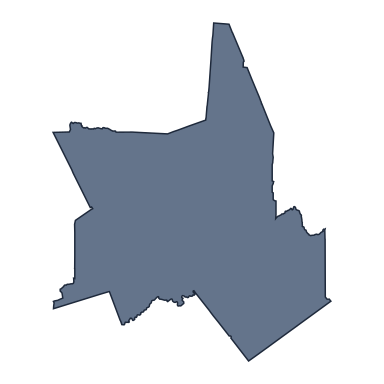 the district of Los Herreras, Nuevo León, Mexico
{"feature_id": "50627088B26281620081416", "entity_name": "Los Herreras", "entity_type": "district", "adm_level": 2, "iso_a3": "MEX", "parent_name": "Mexico", "parent_adm1": "Nuevo León", "projection": "mercator", "projection_center": [-99.412, 25.939], "detail": "fine", "context": "isolated", "style": "filled", "palette": "slate", "viewbox_px": 384, "rotation_deg": 0, "n_neighbors": 0, "source": "geoboundaries", "source_scale": "gbopen_adm2", "svg_char_len": 5899}
<svg xmlns="http://www.w3.org/2000/svg" viewBox="0 0 384 384"><path d="M213.7,23.0L212.9,35.2L212.5,37.9L212.1,41.8L211.0,59.6L210.6,65.2L209.1,87.0L208.7,91.5L208.6,92.0L208.3,92.6L208.5,93.3L207.4,103.7L207.3,105.1L207.0,106.4L206.3,114.9L206.1,117.9L205.9,118.1L205.7,120.1L189.3,125.9L178.0,130.1L173.5,131.6L167.6,133.9L132.3,132.1L116.5,132.2L115.7,131.8L115.7,131.5L115.5,131.1L115.1,131.0L112.7,131.1L112.1,130.7L111.3,130.4L109.6,129.3L107.7,128.3L105.1,128.3L104.8,127.9L104.0,127.7L103.5,127.6L103.0,127.7L102.8,127.8L102.5,128.6L102.2,128.8L100.6,128.6L98.1,127.8L96.5,128.1L95.5,128.7L95.3,128.7L94.2,128.3L93.6,129.0L92.5,128.9L91.5,128.9L91.0,129.2L90.0,128.8L89.0,129.0L87.2,127.4L86.2,127.5L85.6,128.0L85.2,128.1L84.4,127.7L83.8,127.9L83.6,127.9L81.9,126.6L81.8,126.4L81.8,126.2L82.0,126.0L82.0,125.8L81.5,125.6L81.0,123.3L79.9,123.3L79.3,123.0L78.8,122.9L77.1,123.1L76.3,122.7L75.2,122.5L74.6,122.5L74.2,122.7L73.7,123.0L73.5,123.4L73.2,123.5L72.3,122.9L71.6,122.2L71.3,122.3L70.5,123.3L69.9,124.9L69.9,125.7L70.5,129.5L69.3,132.0L53.1,132.4L71.7,169.6L73.2,173.2L90.3,207.6L91.6,207.0L92.7,208.7L91.2,209.5L75.4,220.4L74.6,224.3L74.8,232.5L74.8,255.9L74.7,267.5L74.6,268.6L74.8,268.7L74.8,278.6L73.6,278.2L73.9,281.9L73.7,282.0L73.4,283.3L72.8,283.7L72.3,283.8L71.0,283.8L69.8,284.1L68.7,284.3L67.2,284.3L66.9,284.5L66.3,285.1L65.3,285.0L64.5,285.2L64.3,285.6L63.7,286.2L63.6,286.6L63.5,286.8L62.8,287.2L61.3,288.7L60.2,289.2L60.1,290.3L60.4,290.8L60.3,291.3L61.4,292.2L62.0,293.1L62.1,293.5L62.8,298.1L60.1,299.2L57.8,300.3L54.7,300.9L53.4,301.4L54.1,302.8L53.7,305.7L53.5,308.7L100.2,294.2L108.6,291.7L109.0,291.7L109.4,291.6L120.2,320.4L120.5,320.8L120.8,321.7L121.2,322.2L121.1,322.3L121.1,322.7L121.3,323.0L121.8,324.6L123.8,324.8L124.3,324.7L124.5,324.5L124.7,323.7L125.0,323.0L125.1,322.6L125.2,322.3L125.7,322.2L126.3,322.4L127.3,322.3L128.7,322.4L129.0,322.3L129.2,321.7L128.7,321.3L128.8,320.8L129.1,320.0L129.7,319.7L130.0,318.7L130.3,318.3L131.1,318.2L131.6,318.4L131.9,318.8L132.6,320.2L132.8,320.4L133.3,320.4L134.4,319.7L134.7,319.3L134.7,319.1L134.5,318.6L134.5,318.3L134.8,317.9L135.0,317.3L135.2,317.2L135.6,317.1L136.1,317.4L136.4,317.3L136.9,316.5L137.1,315.3L137.2,315.1L137.7,314.8L138.0,314.8L139.4,315.1L140.2,314.8L140.8,314.0L140.8,313.8L140.6,313.3L140.6,313.1L140.7,312.9L141.2,312.7L141.5,312.3L141.9,312.1L142.8,312.1L143.5,311.8L143.8,311.3L144.1,310.3L144.4,310.1L145.2,310.0L146.3,309.6L146.4,309.2L146.6,308.2L147.0,307.7L148.6,307.1L149.1,306.6L149.3,306.2L149.6,304.4L149.9,304.0L150.8,303.3L151.3,302.7L151.4,302.2L151.6,301.2L151.8,300.8L152.2,300.5L152.8,300.4L153.7,300.2L154.3,300.1L156.5,297.7L157.2,297.1L157.8,296.7L158.4,296.7L158.7,297.0L158.7,298.1L159.8,299.2L160.7,299.2L162.2,299.5L164.4,300.2L166.7,300.1L167.1,300.5L167.0,301.0L167.3,301.4L167.6,301.6L167.9,301.5L168.2,301.1L168.6,300.9L170.8,299.2L171.3,299.0L171.8,299.1L172.2,299.3L172.3,299.5L172.4,300.5L172.7,301.2L174.0,302.2L175.0,302.4L175.5,302.3L175.8,302.2L176.2,301.8L176.5,301.7L176.9,301.8L177.3,302.1L177.5,302.6L177.6,303.1L177.4,304.9L177.6,305.5L177.8,305.8L178.2,306.0L178.5,306.0L179.4,305.8L180.6,305.9L181.1,305.7L181.7,305.2L182.5,304.4L183.6,303.6L183.8,303.3L183.7,301.8L183.3,301.4L182.6,300.8L182.2,300.3L182.2,299.9L182.3,299.3L182.9,298.6L183.0,298.3L182.9,298.1L182.0,297.8L181.7,297.4L181.8,296.5L182.1,296.0L182.4,295.7L182.7,295.6L183.4,295.8L184.0,296.0L184.4,296.3L185.1,297.0L186.1,297.1L186.8,297.0L187.3,297.5L187.7,297.6L188.1,297.5L188.5,297.3L188.9,296.4L189.5,295.9L190.0,295.9L190.6,296.2L191.0,296.3L192.5,296.0L192.7,295.7L192.8,295.2L193.1,294.9L193.4,294.9L193.9,295.2L194.1,295.2L194.7,294.6L195.0,294.2L195.0,293.9L194.7,293.6L194.1,293.0L193.5,292.7L193.2,291.9L193.1,291.5L193.2,291.0L193.4,290.8L193.9,290.7L195.8,293.3L209.5,310.7L210.9,312.7L213.5,316.1L218.1,321.8L229.2,336.0L230.7,336.0L231.3,336.9L230.9,338.1L248.6,361.0L260.2,352.7L330.9,301.2L329.2,299.1L328.9,299.2L327.9,299.2L327.1,299.2L325.3,297.0L325.2,271.4L325.1,239.0L325.0,238.7L324.8,230.0L325.0,229.5L325.1,229.0L324.6,229.3L323.6,229.2L323.3,229.7L322.9,230.0L322.8,230.4L323.1,231.1L323.1,231.3L321.2,232.3L320.8,232.6L319.4,234.1L319.0,234.3L318.5,234.5L317.6,234.5L317.3,234.5L317.0,234.3L316.3,234.2L316.2,234.3L315.1,234.5L314.3,235.1L313.8,235.2L312.2,235.3L311.3,235.4L311.0,235.6L310.4,235.6L309.7,235.1L309.0,234.9L308.7,234.1L308.0,233.7L306.9,232.5L306.5,231.9L306.3,231.1L306.0,230.2L305.7,230.0L304.9,229.8L304.5,229.3L304.2,228.4L304.1,227.6L303.9,227.1L303.5,226.8L302.7,226.7L302.3,226.4L302.4,225.1L302.2,223.7L302.3,222.6L301.9,221.2L301.9,219.9L301.6,218.1L301.6,217.9L301.3,216.8L301.4,215.5L301.2,214.9L300.5,214.3L300.2,213.8L299.6,212.4L299.4,211.2L299.1,210.8L298.8,210.7L298.6,210.5L297.7,210.3L296.2,209.6L295.9,209.1L295.6,207.8L294.9,206.8L294.4,206.6L294.0,206.7L293.8,206.8L293.5,207.8L293.2,208.3L293.1,209.2L292.4,209.8L292.2,209.8L292.0,209.7L291.4,208.6L290.8,208.4L290.6,208.6L290.3,209.1L289.9,209.3L289.5,209.5L289.0,210.0L288.5,210.4L287.7,210.5L287.4,210.6L286.9,211.1L286.5,211.4L285.5,211.2L285.2,211.4L285.1,211.8L285.0,212.6L284.8,213.0L284.5,213.3L283.8,213.5L283.3,213.9L281.8,214.0L281.0,214.9L279.5,215.6L278.6,216.1L278.0,216.2L276.7,217.4L275.7,218.6L275.8,216.8L276.0,214.6L276.0,211.8L276.0,201.0L275.0,200.8L274.6,200.7L274.2,200.3L273.4,199.9L273.2,199.3L273.2,192.9L272.2,192.2L272.2,185.9L272.9,184.1L273.2,183.8L273.4,182.4L273.7,181.6L272.2,180.9L272.2,164.6L272.6,163.2L272.8,162.3L272.8,161.4L273.2,157.3L272.6,153.8L273.8,132.9L270.5,125.5L261.8,103.8L261.5,103.8L261.3,102.4L261.1,101.8L260.6,100.9L260.5,100.4L259.3,97.2L251.9,79.5L247.1,67.6L243.2,67.1L243.3,62.6L243.7,61.2L243.8,61.0L244.0,61.0L243.7,59.7L243.1,58.2L243.1,57.8L242.9,57.6L242.8,57.2L242.4,56.3L232.5,32.7L232.2,32.4L231.9,31.5L231.8,31.3L229.0,24.2L213.7,23.0Z" fill="#64748b" stroke="#1e293b" stroke-width="1.5"/></svg>